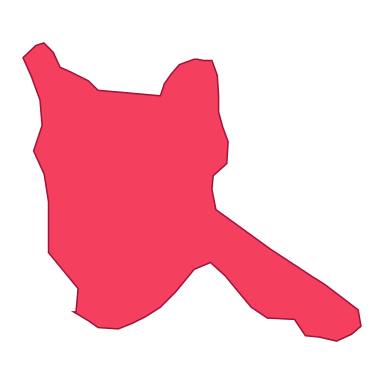 Gimpo-si, Gyeonggi, South Korea
{"feature_id": "91817680B93241302453804", "entity_name": "Gimpo-si", "entity_type": "district", "adm_level": 2, "iso_a3": "KOR", "parent_name": "South Korea", "parent_adm1": "Gyeonggi", "projection": "mercator", "projection_center": [126.643, 37.677], "detail": "fine", "context": "isolated", "style": "filled", "palette": "rose", "viewbox_px": 384, "rotation_deg": 0, "n_neighbors": 0, "source": "geoboundaries", "source_scale": "gbopen_adm2", "svg_char_len": 882}
<svg xmlns="http://www.w3.org/2000/svg" viewBox="0 0 384 384"><path d="M73.6,311.9L88.5,320.8L98.0,327.5L100.1,327.7L118.3,328.9L131.9,323.5L145.5,316.7L160.4,307.2L175.3,292.3L194.2,269.3L210.5,262.5L225.4,276.0L237.6,290.9L251.2,307.2L267.4,318.1L268.4,318.1L294.5,319.4L305.4,335.7L318.9,337.0L336.6,341.1L339.0,340.0L351.5,334.3L361.0,326.2L358.9,314.1L358.2,309.9L324.4,284.2L313.5,277.4L270.1,248.9L215.9,209.6L211.9,189.3L213.2,175.7L218.6,170.9L226.8,163.5L228.1,141.8L222.7,126.9L218.6,112.0L218.6,95.8L217.3,75.4L211.9,60.5L205.1,60.5L203.7,60.5L197.0,59.2L194.2,59.2L179.3,64.6L171.2,74.1L164.4,83.6L160.4,95.8L98.0,90.3L88.5,80.9L69.5,71.4L60.1,67.3L53.3,52.4L43.8,42.9L35.7,45.6L23.0,57.7L31.5,76.8L40.0,100.1L42.1,125.5L33.6,150.9L44.2,174.2L48.5,201.7L48.5,229.3L48.5,252.6L78.1,288.6L76.0,311.9L73.6,311.9Z" fill="#f43f5e" stroke="#9f1239" stroke-width="1.5"/></svg>